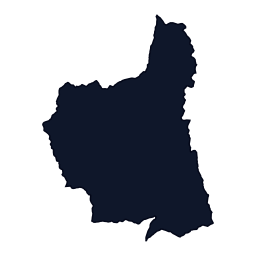 the district of Nubi, Tongsa, Bhutan
{"feature_id": "84629894B54102574648684", "entity_name": "Nubi", "entity_type": "district", "adm_level": 2, "iso_a3": "BTN", "parent_name": "Bhutan", "parent_adm1": "Tongsa", "projection": "mercator", "projection_center": [90.45, 27.625], "detail": "fine", "context": "isolated", "style": "filled", "palette": "ink", "viewbox_px": 256, "rotation_deg": 0, "n_neighbors": 0, "source": "geoboundaries", "source_scale": "gbopen_adm2", "svg_char_len": 5781}
<svg xmlns="http://www.w3.org/2000/svg" viewBox="0 0 256 256"><path d="M157.0,15.4L156.3,16.5L157.2,19.0L156.9,21.3L156.8,24.2L156.5,25.5L155.4,27.5L155.4,29.8L154.8,31.7L154.7,33.4L154.0,35.2L154.7,37.8L153.6,40.5L152.5,44.0L152.0,44.9L151.1,45.8L150.8,46.8L150.7,48.7L150.1,51.3L150.0,52.9L149.4,55.1L149.5,55.8L149.4,56.8L149.2,57.4L149.4,58.6L149.1,60.6L149.1,63.6L147.6,64.8L147.5,65.1L147.7,66.1L147.5,67.0L147.4,68.0L146.4,69.7L146.1,70.6L145.4,72.1L144.1,71.8L143.4,71.9L141.1,74.1L140.5,74.4L139.4,76.4L135.6,78.5L134.7,78.6L132.1,78.2L131.1,78.3L124.7,79.8L122.2,80.7L121.3,81.6L119.7,81.9L117.4,83.2L116.7,83.9L114.8,85.2L113.6,86.7L112.6,86.8L110.2,85.8L109.9,85.9L108.5,88.1L107.8,88.8L107.3,89.2L105.4,88.8L102.7,88.9L101.8,88.6L101.4,88.1L100.5,86.3L99.1,85.0L98.6,83.4L96.5,80.8L95.9,80.9L95.3,81.2L93.2,82.8L91.9,83.1L90.2,84.0L89.3,84.0L86.8,86.3L86.2,86.6L85.6,86.4L83.9,85.5L82.1,84.7L81.8,84.8L80.6,86.0L79.3,86.3L78.4,86.8L76.5,86.4L75.5,87.4L75.2,87.5L74.7,87.1L74.0,86.0L73.3,85.2L72.8,85.1L71.8,85.3L71.2,85.0L70.3,84.5L68.6,82.9L68.0,82.6L67.5,82.6L66.7,83.3L65.5,83.8L64.4,85.4L61.8,87.5L60.2,88.3L59.7,88.8L59.2,90.7L59.2,93.0L59.4,94.3L59.3,95.3L57.7,98.5L56.6,101.6L57.1,102.8L56.8,103.7L57.5,104.8L58.4,105.3L58.6,106.6L57.7,107.1L56.6,108.3L56.5,109.2L57.2,110.4L57.1,111.3L56.8,112.0L56.7,112.2L55.8,112.5L54.5,114.0L53.1,114.8L52.6,115.2L52.2,115.7L52.1,116.4L51.0,119.1L50.1,119.5L49.0,120.8L45.6,121.9L44.1,122.5L43.2,123.5L42.9,124.5L43.1,125.4L43.8,126.6L44.1,127.8L44.2,128.8L44.0,130.3L44.4,130.8L46.4,132.1L48.4,133.8L49.2,134.8L49.7,135.7L49.9,136.6L49.5,138.9L50.7,140.0L51.6,141.8L51.5,142.4L50.5,144.1L50.8,145.0L51.4,145.3L51.5,145.5L51.7,146.5L51.6,147.8L51.7,148.2L52.8,148.8L53.5,149.5L53.5,152.3L53.8,154.7L54.3,155.6L55.6,156.6L55.9,157.1L56.7,160.7L57.2,161.1L58.5,161.1L59.1,161.4L59.2,161.7L59.0,163.4L59.6,164.9L59.4,166.2L59.6,167.8L60.5,168.7L62.3,169.6L62.7,170.0L63.0,173.0L62.9,173.6L62.2,174.4L62.2,174.7L63.1,175.8L63.9,176.1L64.9,177.0L66.5,180.2L67.3,181.3L67.3,181.9L66.9,183.9L65.8,186.4L70.6,186.0L71.0,186.6L71.6,187.7L72.1,188.1L73.1,188.4L75.0,188.1L76.6,187.6L77.9,187.6L79.5,187.1L81.7,187.4L84.0,188.6L84.6,189.4L86.2,190.6L86.6,191.1L87.1,192.7L88.2,193.9L89.1,194.8L89.9,194.6L90.6,195.2L90.7,195.7L90.4,198.8L90.5,200.4L91.3,202.3L93.3,205.3L93.5,205.9L93.5,206.2L92.5,207.9L92.3,208.6L92.5,211.5L93.0,213.4L92.8,215.4L92.4,217.3L92.2,219.4L91.9,220.9L92.0,221.2L92.9,221.5L93.7,222.1L95.0,222.2L96.6,221.9L98.3,221.8L100.5,221.2L101.8,221.1L102.7,220.9L104.6,221.3L106.9,221.5L108.1,221.9L110.4,221.5L111.5,220.9L112.1,221.1L113.8,222.2L117.0,222.5L117.6,222.2L118.5,221.3L119.3,220.9L120.5,220.9L121.7,221.4L122.7,221.4L124.9,219.5L125.9,219.4L127.2,219.8L128.9,220.7L132.1,221.1L134.3,222.6L135.9,222.7L138.0,223.8L138.6,223.8L139.5,223.4L141.0,221.6L143.8,219.4L145.7,219.1L149.1,217.7L152.0,217.2L153.6,216.7L154.4,216.0L154.9,216.0L156.0,216.9L155.5,219.1L155.4,219.3L153.8,219.9L152.2,221.6L150.8,223.4L150.4,224.4L150.2,225.4L150.1,227.4L148.1,231.0L146.1,237.1L146.0,238.1L146.1,239.8L146.0,240.6L146.4,240.6L147.0,239.1L148.0,237.8L150.4,236.7L151.4,235.5L153.3,234.2L154.2,233.2L155.8,232.1L156.4,231.3L159.8,230.1L160.7,229.2L161.0,229.1L162.6,229.2L164.1,229.8L165.4,230.1L168.7,231.5L169.3,231.6L170.0,231.4L170.6,231.5L173.2,233.5L174.7,234.2L178.4,236.3L179.7,236.8L180.3,236.8L181.2,235.9L182.8,235.4L183.9,234.7L184.6,234.0L185.0,233.1L187.9,232.7L189.9,231.5L190.3,231.0L190.5,230.4L191.0,230.0L192.7,229.8L193.2,229.5L196.5,229.3L196.8,229.2L197.9,227.6L198.2,226.9L200.0,226.5L202.2,225.1L202.9,225.0L204.2,225.2L205.1,225.6L206.1,225.7L207.3,226.2L207.8,226.1L210.4,224.3L212.3,223.6L213.1,223.0L211.4,219.6L211.0,218.3L211.2,213.1L211.8,212.6L211.8,212.3L210.9,211.2L210.0,209.8L210.0,209.1L209.8,208.3L209.2,207.6L209.1,205.6L208.8,204.9L208.0,204.2L207.3,203.9L207.1,202.8L207.8,197.5L208.4,195.7L208.2,194.8L207.2,194.4L206.6,193.8L205.8,192.2L204.2,190.0L204.0,189.3L203.4,188.3L203.1,186.4L202.7,185.7L202.9,184.3L202.4,182.7L202.3,182.0L202.9,180.6L202.9,180.3L202.3,179.2L200.8,177.0L200.6,175.7L198.1,170.9L198.0,169.4L197.6,168.5L197.4,167.5L197.4,167.2L197.8,166.5L197.7,165.0L197.5,163.9L197.0,163.4L197.2,161.8L196.8,158.9L197.1,158.0L196.8,155.9L196.5,152.3L195.6,151.5L195.4,150.9L194.9,150.6L193.3,150.7L191.3,152.0L190.7,151.9L190.5,151.3L190.2,149.5L190.5,147.7L190.3,147.5L189.3,144.9L189.2,143.7L189.7,140.8L190.0,138.2L189.2,137.1L189.1,135.2L188.2,134.6L188.0,134.1L188.0,132.9L188.6,131.6L188.9,130.2L187.5,128.5L187.4,126.6L187.8,125.0L189.8,120.9L189.9,120.3L186.7,120.1L184.2,120.5L183.2,120.4L182.2,120.0L181.9,119.7L181.4,118.9L181.0,117.6L181.2,117.1L182.7,114.9L183.7,112.2L184.4,110.8L182.2,107.6L182.5,105.9L182.9,105.0L184.1,103.3L184.7,101.1L185.2,100.3L185.2,99.9L184.6,99.5L183.3,97.2L183.6,95.9L184.9,94.7L184.9,94.0L184.2,93.2L183.9,92.6L183.8,90.1L184.0,89.2L184.2,88.7L185.5,87.7L186.1,86.8L186.5,86.0L187.0,85.9L188.6,86.1L189.3,86.6L191.1,87.2L191.7,87.1L193.1,86.4L193.3,84.8L194.2,81.8L194.0,81.4L193.2,80.9L191.8,79.8L191.3,78.8L190.9,77.3L191.3,76.4L192.0,75.8L192.7,74.6L193.2,73.9L194.2,73.1L195.7,72.9L195.1,70.1L195.0,68.9L195.2,67.6L195.1,66.9L196.5,64.8L196.1,64.5L195.8,64.0L195.1,61.0L195.1,59.9L194.8,59.4L194.1,58.4L192.8,57.4L191.2,56.7L190.9,55.5L191.4,53.3L192.7,52.5L193.3,51.8L193.9,50.6L192.6,48.2L192.3,47.3L192.5,46.8L192.3,46.2L190.9,44.7L190.2,44.4L190.0,43.9L189.9,42.4L190.2,41.9L190.5,40.7L189.8,39.2L188.7,37.6L186.8,35.9L185.4,33.3L183.8,31.4L182.6,30.6L183.7,28.9L185.6,27.8L185.5,26.4L184.0,24.9L182.4,23.7L181.0,23.7L177.9,24.5L173.0,22.9L170.3,22.9L167.9,24.1L167.2,24.7L165.9,25.0L165.3,24.6L164.4,24.1L162.8,21.3L160.1,17.9L158.2,16.6L157.0,15.4Z" fill="#0f172a" stroke="#020617" stroke-width="1.5"/></svg>